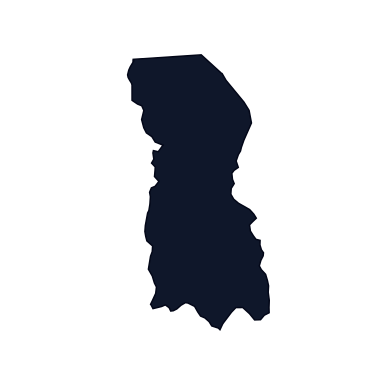 Foinikaria, Limassol, Cyprus (orthographic projection), rotated 333°
{"feature_id": "46923920B54656513612440", "entity_name": "Foinikaria", "entity_type": "district", "adm_level": 2, "iso_a3": "CYP", "parent_name": "Cyprus", "parent_adm1": "Limassol", "projection": "orthographic", "projection_center": [33.104, 34.76], "detail": "fine", "context": "isolated", "style": "filled", "palette": "ink", "viewbox_px": 384, "rotation_deg": 333, "n_neighbors": 0, "source": "geoboundaries", "source_scale": "gbopen_adm2", "svg_char_len": 1679}
<svg xmlns="http://www.w3.org/2000/svg" viewBox="0 0 384 384"><g transform="rotate(333 192 192)"><path d="M198.9,48.5L199.5,48.9L193.9,52.4L191.0,54.7L187.8,58.4L187.1,61.0L187.2,64.2L187.5,67.2L187.2,69.3L180.2,83.1L183.4,88.9L186.4,92.4L186.1,97.5L180.0,104.6L178.2,112.9L178.2,118.6L181.4,124.5L181.9,130.8L187.4,137.0L187.5,137.1L187.2,137.2L180.2,140.8L176.4,137.6L174.9,139.5L172.9,145.4L169.1,147.9L170.6,153.0L168.6,156.4L165.6,161.2L167.0,166.3L167.3,167.5L166.8,167.8L161.7,170.2L157.7,169.9L154.1,173.0L152.8,177.3L149.0,183.7L145.2,188.9L142.9,190.6L135.2,200.7L132.1,205.8L130.6,210.6L129.6,215.1L132.4,222.2L129.5,227.1L125.9,230.4L118.1,241.0L118.5,248.8L117.2,256.1L117.2,260.5L113.6,265.9L106.9,271.2L104.1,273.3L104.3,274.3L104.3,278.2L112.8,280.2L117.0,280.5L119.1,284.7L119.0,288.4L121.4,289.3L125.4,289.3L130.8,287.9L135.9,287.6L138.0,289.1L142.4,295.1L142.7,301.6L143.3,306.4L146.3,310.0L148.4,315.3L148.8,320.3L153.7,325.2L154.4,327.4L159.4,323.5L160.9,322.7L172.6,317.0L178.6,314.9L184.8,318.0L188.0,326.5L189.7,334.4L195.1,336.9L200.5,334.6L205.9,334.6L208.2,329.8L211.7,323.5L214.4,315.9L217.6,310.4L219.0,305.2L220.2,298.8L218.5,292.7L218.4,288.4L222.3,284.2L226.4,281.2L228.1,278.6L227.6,275.0L228.5,270.0L230.7,266.0L227.5,263.2L226.8,259.0L226.3,253.3L228.3,247.4L232.1,246.1L237.4,244.5L237.0,239.8L235.4,233.9L228.3,223.1L225.9,217.4L225.6,211.6L228.6,206.6L233.4,203.7L233.8,199.1L236.0,193.4L239.3,191.8L244.4,191.1L245.4,184.4L250.3,179.7L253.8,177.5L256.3,174.6L261.7,169.4L276.3,157.5L279.9,145.2L279.1,135.5L273.0,108.0L272.6,100.3L272.4,100.3L262.5,74.0L199.8,47.1L198.9,48.5Z" fill="#0f172a" stroke="#020617" stroke-width="1.5"/></g></svg>